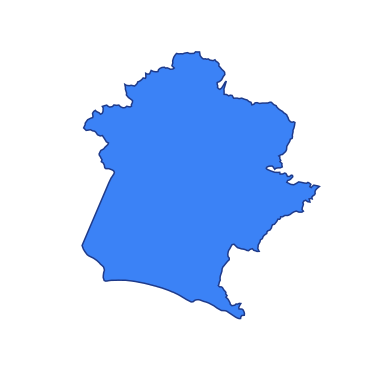 Guaraqueçaba, Paraná, Brazil (Albers equal-area conic projection), rotated 70°
{"feature_id": "56859067B83930730788661", "entity_name": "Guaraqueçaba", "entity_type": "district", "adm_level": 2, "iso_a3": "BRA", "parent_name": "Brazil", "parent_adm1": "Paraná", "projection": "albers", "projection_center": [-48.356, -25.235], "detail": "fine", "context": "isolated", "style": "filled", "palette": "blue", "viewbox_px": 384, "rotation_deg": 70, "n_neighbors": 0, "source": "geoboundaries", "source_scale": "gbopen_adm2", "svg_char_len": 5722}
<svg xmlns="http://www.w3.org/2000/svg" viewBox="0 0 384 384"><g transform="rotate(70 192 192)"><path d="M99.5,121.8L100.3,123.5L101.9,125.3L103.0,126.7L104.4,128.6L105.1,130.7L104.1,131.6L102.6,132.3L101.0,131.5L99.4,131.5L97.7,130.9L97.6,128.3L96.7,125.8L94.2,123.1L92.9,121.0L90.6,120.4L89.1,120.9L87.0,122.0L84.2,123.0L82.7,123.7L80.9,122.8L78.9,123.5L77.4,124.7L75.6,125.2L75.8,127.2L74.2,130.0L72.5,131.2L72.3,132.8L71.5,133.7L70.8,135.9L69.0,137.0L66.6,137.7L63.0,137.0L62.2,139.2L61.5,140.7L62.4,142.8L61.1,146.8L59.5,148.6L59.0,151.5L59.0,153.6L58.3,155.1L57.7,157.2L56.5,159.2L57.7,161.2L59.1,163.0L61.0,164.5L62.3,165.4L64.2,165.9L66.5,167.7L69.4,166.3L69.9,168.0L69.3,170.3L68.2,171.3L66.8,172.9L66.6,174.4L65.3,175.3L64.7,177.7L64.9,179.8L65.6,181.6L67.2,182.8L66.8,184.6L65.5,187.1L63.8,188.8L66.5,191.5L65.9,193.7L64.6,194.9L68.2,196.0L69.3,196.9L68.1,198.9L68.9,200.2L69.5,201.7L70.0,203.6L70.0,205.4L71.1,206.2L72.0,207.7L72.8,209.7L70.9,212.7L70.7,214.5L69.4,217.1L67.9,218.3L71.0,218.8L72.5,219.4L73.9,219.5L76.7,219.6L78.4,220.5L81.5,219.4L83.4,218.1L85.8,216.6L87.7,217.5L89.3,219.2L90.7,219.5L90.9,221.0L90.2,222.3L89.1,224.0L89.8,226.0L89.3,228.0L87.8,229.7L86.5,230.5L85.3,231.0L84.8,233.2L83.5,235.6L84.5,237.5L84.1,240.3L82.4,241.8L81.2,242.4L81.0,244.4L80.9,247.0L82.6,246.7L83.8,247.2L85.8,248.0L87.4,249.5L87.6,251.4L85.9,252.1L83.6,254.3L82.2,254.9L82.7,256.8L84.1,258.6L85.7,258.9L86.9,259.1L88.1,259.9L88.0,261.9L88.4,265.3L89.3,266.7L90.8,268.8L92.3,269.4L93.4,270.6L94.7,271.9L97.9,270.4L98.4,268.1L98.7,266.2L100.5,264.5L101.6,262.7L103.0,261.9L105.9,261.2L107.9,259.1L108.3,256.9L112.0,256.0L115.6,255.3L117.3,253.7L118.7,254.9L119.4,256.6L120.2,258.5L121.3,260.2L121.8,263.5L122.8,264.6L124.5,266.3L126.1,266.5L127.3,266.0L128.8,266.0L130.8,265.5L132.5,266.9L134.1,265.6L136.6,265.2L139.3,265.7L140.5,265.1L141.7,262.0L144.1,259.3L145.3,258.4L146.9,258.2L148.1,259.0L150.4,262.0L151.1,263.1L154.8,266.9L204.7,313.6L208.5,313.6L211.1,313.1L214.9,312.0L216.6,310.9L218.4,309.2L219.7,307.9L220.6,307.1L222.0,306.1L223.7,304.9L225.2,304.1L227.0,303.2L228.5,302.7L230.0,301.8L232.0,300.8L233.5,300.8L235.5,301.0L237.6,302.6L240.3,304.0L242.1,304.7L243.8,304.7L245.1,304.8L246.2,303.6L246.6,302.1L246.8,300.7L247.1,299.3L247.4,298.0L248.1,296.0L249.0,293.4L249.6,291.5L250.1,290.2L250.9,288.1L251.7,286.0L252.2,284.6L253.2,282.6L254.1,280.8L254.9,279.2L255.7,277.7L256.9,275.5L258.3,273.2L259.9,270.5L260.6,269.4L261.4,268.0L262.5,266.4L263.3,265.2L264.2,263.8L265.2,262.5L266.2,260.9L267.2,259.6L268.0,258.3L269.2,256.8L270.3,255.2L271.3,253.9L272.3,252.5L273.2,251.5L274.4,250.0L276.0,248.1L277.6,246.3L279.0,244.9L280.0,243.6L281.4,242.3L283.2,240.5L284.8,239.1L286.1,238.0L287.9,236.6L289.6,235.2L290.8,234.3L292.4,232.8L293.9,231.4L295.0,230.4L295.5,228.6L294.7,226.1L294.9,224.3L295.5,222.5L296.3,221.3L298.8,218.4L300.2,216.4L302.1,214.2L306.3,210.4L309.7,208.1L313.4,204.9L314.9,201.4L315.8,200.2L324.5,193.8L325.9,192.5L327.1,191.0L327.5,189.6L326.0,188.8L325.1,187.5L325.7,185.0L324.2,184.3L322.7,184.1L320.3,184.3L319.1,185.1L318.0,187.8L316.4,187.5L314.7,185.8L313.5,184.3L312.8,185.7L313.0,187.4L312.3,188.9L313.0,190.6L312.5,193.4L310.7,194.4L309.2,194.2L307.5,194.4L305.1,194.8L302.4,196.1L301.4,194.5L299.3,195.2L297.9,194.5L296.5,194.9L295.1,195.5L293.4,195.9L292.2,196.1L291.2,196.9L290.5,198.6L288.9,199.3L288.0,198.4L285.8,197.0L284.6,195.7L282.5,195.1L280.7,194.2L276.8,191.1L274.4,189.9L273.0,188.6L272.3,187.3L271.2,185.5L269.3,182.3L268.4,180.2L266.8,179.6L265.0,180.2L262.8,179.7L260.7,178.5L259.6,177.7L257.9,175.5L256.4,173.9L255.2,172.4L255.4,170.4L258.6,168.9L259.9,168.2L261.3,166.3L262.3,165.1L263.4,163.0L264.4,161.6L265.7,160.4L266.5,158.9L265.8,157.1L265.9,154.7L267.9,153.9L269.1,152.3L270.1,151.2L270.7,149.2L269.2,149.4L267.5,149.5L266.0,148.6L264.5,148.0L263.2,146.5L262.1,145.2L260.4,144.1L259.9,141.9L258.1,140.3L257.3,138.8L256.9,137.4L256.6,136.0L255.0,135.1L254.4,133.8L254.4,131.7L252.9,129.6L251.7,128.9L250.3,127.6L250.5,125.5L248.7,122.5L246.9,120.5L247.6,119.0L246.8,117.7L245.6,117.2L246.3,115.3L245.8,112.8L246.8,110.1L246.7,107.7L245.8,104.6L245.5,102.9L245.6,100.5L247.5,98.4L248.5,95.6L248.1,93.9L246.1,94.6L244.1,93.5L243.0,92.5L241.4,91.4L240.1,91.6L238.7,89.9L238.6,88.0L240.6,86.7L241.8,84.6L240.3,84.4L238.5,84.3L238.8,82.4L239.6,81.4L237.7,81.1L236.9,79.4L236.5,77.7L235.4,76.7L234.1,76.5L232.6,75.4L231.4,73.2L230.4,70.4L229.4,71.6L227.2,75.2L227.8,76.9L228.6,78.5L227.3,79.5L225.4,77.7L223.8,78.7L222.6,79.8L223.0,81.3L222.2,83.0L220.0,86.5L219.0,88.3L219.6,91.0L220.0,93.9L218.6,96.6L215.3,99.6L213.9,98.2L214.0,96.2L213.5,94.6L212.2,92.1L210.8,91.9L210.1,93.0L210.8,95.0L210.0,97.0L208.3,97.1L206.8,97.4L205.9,98.4L206.1,100.5L205.3,103.1L203.5,102.8L203.0,104.5L201.8,107.5L199.1,110.8L196.4,113.7L195.0,114.1L194.1,112.7L194.1,110.7L195.0,107.9L196.1,107.2L199.0,106.5L198.4,105.2L198.7,102.9L199.5,100.7L199.3,98.6L197.2,98.3L196.0,97.7L193.5,99.0L192.7,97.8L190.6,98.1L189.0,97.4L187.8,98.1L187.4,95.7L187.7,94.2L186.0,90.2L184.6,88.7L181.5,87.3L179.4,84.8L178.2,83.3L177.3,82.4L176.0,81.6L175.9,79.6L174.5,78.7L172.9,78.3L170.1,76.5L168.6,76.0L166.8,74.4L164.7,73.0L161.9,71.5L160.8,72.5L160.7,74.1L159.7,75.4L157.2,76.4L154.8,76.3L153.3,76.6L152.0,76.6L150.3,77.6L148.8,78.8L147.3,79.3L145.7,80.7L143.4,82.3L141.0,83.3L139.7,83.4L138.0,85.2L136.8,85.8L134.9,86.7L134.3,87.9L134.3,90.4L132.5,95.5L131.9,98.3L130.3,100.3L129.8,102.2L130.7,103.9L130.6,105.9L127.9,105.9L126.4,107.6L124.4,108.7L122.9,110.8L120.8,113.2L120.4,115.7L119.2,117.5L118.1,120.8L115.0,121.3L114.1,122.9L114.2,124.6L112.2,126.2L111.2,128.4L107.4,127.1L106.1,126.8L104.9,125.8L99.5,121.8Z" fill="#3b82f6" stroke="#1e3a8a" stroke-width="1.5"/></g></svg>